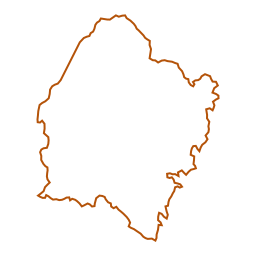 Lagoão, Rio Grande do Sul, Brazil (Robinson projection)
{"feature_id": "56859067B28681273525676", "entity_name": "Lagoão", "entity_type": "district", "adm_level": 2, "iso_a3": "BRA", "parent_name": "Brazil", "parent_adm1": "Rio Grande do Sul", "projection": "robinson", "projection_center": [-52.774, -29.241], "detail": "fine", "context": "isolated", "style": "outline", "palette": "amber", "viewbox_px": 256, "rotation_deg": 0, "n_neighbors": 0, "source": "geoboundaries", "source_scale": "gbopen_adm2", "svg_char_len": 2837}
<svg xmlns="http://www.w3.org/2000/svg" viewBox="0 0 256 256"><path d="M149.8,40.9L147.0,39.2L145.1,37.8L143.5,35.4L140.7,32.5L138.6,30.3L136.7,28.7L135.5,26.1L133.8,23.8L130.4,20.6L126.7,18.2L125.1,15.4L122.1,15.7L118.8,16.7L115.9,15.4L109.9,19.6L107.1,19.5L103.3,18.9L100.9,18.5L99.4,21.1L97.0,22.6L95.4,24.8L94.4,28.8L93.1,31.6L90.7,33.1L89.4,36.0L86.8,36.7L83.8,38.0L79.8,42.3L60.7,80.1L57.8,83.6L54.8,84.7L52.2,86.3L50.1,89.6L49.7,94.0L48.7,98.3L45.3,101.3L42.1,103.0L39.6,105.0L38.3,111.0L37.9,115.8L37.5,119.4L37.7,122.2L40.0,122.5L42.1,120.7L44.5,123.8L44.6,128.7L43.9,133.2L46.6,135.6L48.3,137.1L48.6,140.3L48.3,143.9L46.9,147.8L43.5,148.3L41.3,149.6L40.1,152.2L41.3,155.9L41.2,159.9L43.4,163.9L45.4,166.2L47.4,167.4L47.6,170.4L47.2,173.0L46.9,176.5L47.5,179.4L49.7,182.5L47.5,184.6L45.0,187.2L43.6,191.2L40.7,193.6L38.1,195.6L40.1,196.8L42.7,197.9L45.1,197.8L46.2,195.1L48.5,196.3L50.6,198.1L53.0,199.6L56.3,199.2L59.2,200.1L62.0,199.8L64.2,198.9L66.5,197.6L69.2,197.4L70.1,200.3L72.2,198.8L75.2,199.8L77.0,201.1L79.5,203.4L81.8,206.4L83.8,205.5L87.6,203.5L89.8,204.4L92.0,206.5L94.5,206.1L94.8,203.5L95.5,200.9L96.2,198.2L99.5,195.6L102.4,196.0L104.7,197.0L105.7,199.3L108.1,202.3L110.8,203.4L111.2,206.5L113.6,208.2L116.3,206.8L118.5,209.6L121.1,211.7L123.3,213.6L126.7,217.0L128.7,219.7L130.1,222.6L128.7,226.4L130.9,227.8L133.9,229.1L137.1,231.3L140.7,233.7L143.3,236.7L145.5,238.1L147.7,238.9L151.9,238.6L155.4,240.6L156.5,238.0L156.6,234.6L158.0,229.8L158.6,224.9L161.7,225.2L160.6,222.4L158.1,220.2L158.2,216.6L159.1,212.8L161.7,213.9L163.9,216.7L166.7,218.6L167.8,214.8L166.6,211.3L165.5,206.4L168.0,205.7L168.5,202.0L169.3,199.3L171.3,196.4L172.8,193.3L174.2,191.1L175.1,187.3L177.7,186.4L179.8,187.6L182.0,186.7L180.3,184.4L177.8,183.5L174.6,182.8L173.6,179.5L171.8,177.3L169.6,178.0L167.4,177.3L167.1,173.8L169.9,173.3L172.7,174.3L175.1,174.1L178.5,176.0L178.0,172.4L181.8,170.4L184.2,173.0L186.1,174.8L188.6,171.8L191.0,169.7L193.8,169.0L195.9,168.3L195.1,165.9L193.5,164.1L194.0,160.1L194.2,156.4L190.7,154.8L191.1,151.1L191.9,148.3L193.3,146.1L195.8,145.9L197.5,149.0L199.4,151.2L200.7,147.5L202.2,144.8L205.4,142.3L207.5,139.2L205.6,135.5L208.4,132.2L208.9,129.1L208.4,126.3L209.3,121.8L207.0,118.3L207.1,114.9L206.6,111.9L206.2,109.3L209.7,108.3L212.6,110.3L213.7,107.7L214.4,105.3L213.0,101.7L216.0,99.5L218.5,98.3L218.4,95.6L216.1,94.0L212.5,92.6L214.2,88.2L217.8,85.5L216.0,81.8L212.6,81.6L211.0,78.7L210.1,76.2L207.6,75.2L205.0,74.2L201.6,76.3L200.2,78.8L198.2,80.1L195.3,80.4L193.0,82.0L194.4,84.2L193.2,86.3L190.7,85.0L188.8,82.4L188.3,79.1L186.2,78.7L184.2,77.2L183.5,74.5L182.1,71.2L178.8,67.6L177.6,63.8L175.1,63.0L172.0,61.7L167.5,61.1L164.7,60.2L161.7,60.6L158.1,62.5L155.3,60.4L152.7,60.2L149.6,58.3L150.6,51.9L151.0,49.1L149.6,45.0L149.8,40.9Z" fill="none" stroke="#b45309" stroke-width="2"/></svg>